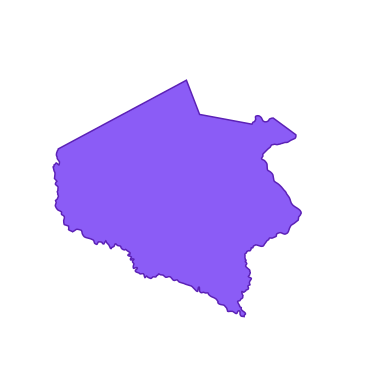 outline of La Campa, Lempira, Honduras, rotated 135°
{"feature_id": "27666195B33699186297111", "entity_name": "La Campa", "entity_type": "district", "adm_level": 2, "iso_a3": "HND", "parent_name": "Honduras", "parent_adm1": "Lempira", "projection": "equal_earth", "projection_center": [-88.545, 14.476], "detail": "fine", "context": "isolated", "style": "filled", "palette": "violet", "viewbox_px": 384, "rotation_deg": 135, "n_neighbors": 0, "source": "geoboundaries", "source_scale": "gbopen_adm2", "svg_char_len": 6016}
<svg xmlns="http://www.w3.org/2000/svg" viewBox="0 0 384 384"><g transform="rotate(135 192 192)"><path d="M298.3,245.1L297.5,243.5L297.4,243.0L297.9,241.8L298.9,240.4L299.3,239.5L299.7,238.0L299.8,236.4L299.2,234.8L296.9,230.8L296.2,229.1L295.8,227.8L295.8,227.2L297.1,224.7L297.0,224.0L296.8,223.1L296.4,222.3L296.2,222.2L293.6,222.9L293.0,222.5L292.0,221.4L291.4,220.4L291.3,219.9L291.6,219.2L291.7,218.7L291.4,218.0L291.1,217.6L289.2,218.1L287.5,218.4L287.5,218.2L287.9,217.3L288.2,215.9L288.2,214.0L288.3,213.1L289.3,210.4L289.5,209.8L289.4,209.4L289.0,209.1L288.5,209.5L288.0,209.5L286.7,209.0L285.6,208.7L283.2,209.6L282.7,209.4L282.5,209.0L282.6,208.0L282.4,206.6L281.3,205.1L280.9,204.2L281.0,203.7L281.4,203.1L281.6,202.5L281.7,201.2L281.5,200.3L280.9,199.0L280.4,198.6L279.6,198.4L279.4,197.7L279.3,196.1L278.8,193.4L278.8,192.9L279.4,192.2L280.0,191.9L280.3,192.0L280.4,192.6L280.8,192.9L282.0,192.7L282.1,192.3L282.0,191.7L280.9,189.8L280.8,188.9L281.0,188.7L283.0,188.2L283.4,187.5L283.3,187.1L283.1,186.9L282.2,187.1L281.4,186.9L280.7,186.0L280.6,185.6L280.9,185.3L282.5,185.4L283.3,184.8L283.6,184.4L283.7,182.8L284.0,182.2L286.0,181.1L286.8,180.4L287.1,179.8L287.3,179.4L287.1,179.1L285.3,178.3L284.5,177.7L284.3,177.3L284.5,176.8L285.2,176.5L287.2,176.7L287.8,176.4L288.1,175.9L288.1,175.5L288.0,174.8L286.8,172.3L286.6,170.7L284.8,169.3L284.4,168.9L284.2,168.5L284.4,167.5L285.4,165.9L285.8,164.8L285.3,164.5L284.2,164.8L283.6,164.7L283.4,163.8L283.5,162.8L282.4,160.2L281.9,159.8L281.5,159.7L280.2,159.7L279.5,159.5L279.0,159.1L278.0,157.8L277.4,157.5L277.1,157.5L276.3,157.9L275.4,157.5L274.4,157.5L273.7,157.7L273.4,157.6L273.1,156.8L272.9,155.9L271.7,154.4L271.2,153.6L271.0,150.8L270.8,150.2L270.0,149.5L268.4,148.7L267.8,148.0L267.4,147.4L267.3,146.8L267.6,143.2L267.4,142.5L266.9,141.8L265.4,141.0L264.7,140.4L264.6,139.7L264.8,138.0L264.4,136.7L262.4,133.0L261.7,131.2L259.0,126.1L258.8,125.0L258.9,119.2L258.7,118.2L258.4,117.8L258.2,117.8L255.1,119.9L254.6,120.0L254.2,119.8L254.2,119.5L254.4,119.1L256.7,116.6L256.9,115.8L256.9,115.0L256.8,114.5L256.5,114.0L254.8,113.0L253.9,111.1L253.4,110.6L252.5,109.9L252.1,109.2L252.7,107.8L252.6,105.8L252.3,104.4L251.0,101.1L250.6,98.9L251.1,96.2L251.2,95.9L251.7,95.7L252.0,95.2L252.1,94.7L252.1,94.2L251.9,93.5L251.4,92.3L249.7,89.9L249.4,89.1L249.4,88.3L249.6,85.4L250.7,83.2L251.1,82.6L251.1,82.3L250.7,81.7L249.3,80.6L247.8,79.0L247.5,78.3L247.0,75.3L246.6,74.7L245.8,74.5L244.6,75.0L243.5,75.2L243.0,75.0L242.6,74.6L242.5,74.1L242.6,73.6L244.6,71.4L244.8,70.8L245.0,70.0L244.9,69.4L244.7,68.9L243.2,67.0L242.6,67.6L241.7,67.9L240.5,67.9L240.0,68.5L239.9,69.8L240.3,72.7L240.2,74.0L240.0,74.5L238.9,75.4L239.3,77.3L238.8,77.9L238.0,80.6L237.4,82.1L237.0,82.3L236.6,82.3L234.9,81.3L233.1,81.7L232.0,81.4L230.9,81.4L230.0,82.3L229.3,82.5L228.8,84.0L228.2,85.1L227.6,86.0L227.1,86.3L226.9,86.1L226.3,84.5L224.0,84.1L222.9,84.4L221.9,83.8L220.9,83.6L220.2,83.9L219.7,84.4L219.4,85.5L219.0,85.9L218.4,86.0L216.6,85.4L215.8,87.0L215.2,87.6L214.3,88.0L211.9,88.5L211.2,88.9L211.1,89.4L211.9,91.7L212.0,92.3L211.2,92.6L209.9,92.6L209.0,93.3L208.1,93.5L207.5,94.2L207.2,95.3L206.5,95.7L206.4,96.3L206.7,100.2L206.6,101.5L206.3,101.6L205.9,102.2L204.7,102.3L203.9,102.6L203.6,103.5L203.5,104.1L203.7,104.6L203.6,104.9L203.2,105.3L202.5,105.2L202.1,105.5L201.9,105.9L202.0,106.5L200.9,108.3L199.5,109.5L199.0,110.3L198.4,110.7L197.5,110.7L196.7,110.5L195.5,111.0L195.1,111.1L193.5,110.5L192.7,109.5L192.4,109.4L191.0,109.6L189.7,110.6L189.3,110.4L188.9,109.8L188.4,109.6L188.0,109.7L187.3,110.2L186.6,110.3L185.2,109.8L184.5,109.7L183.8,108.9L181.6,104.8L180.8,104.0L180.0,103.5L179.0,103.5L177.6,103.9L175.9,104.1L173.7,104.5L172.9,104.5L172.0,104.2L171.4,104.1L170.3,104.6L169.8,104.6L169.3,104.3L168.3,103.1L167.7,102.6L164.2,101.2L163.5,101.2L162.7,102.0L161.9,102.4L160.7,102.2L159.0,101.4L157.9,100.4L156.9,97.8L156.1,96.5L155.1,96.0L153.9,95.6L153.0,95.6L151.8,95.9L148.3,97.6L145.5,98.4L141.9,97.6L136.8,97.0L135.5,97.9L134.3,98.9L131.3,99.2L130.5,99.7L129.8,99.8L129.1,100.7L128.7,102.1L128.6,103.3L128.9,105.6L129.7,109.1L130.0,111.3L129.7,113.8L128.8,115.8L128.0,117.2L127.2,119.1L126.9,120.5L126.4,123.8L125.8,125.3L125.6,126.7L125.6,128.3L125.2,132.2L125.2,135.1L125.4,137.2L126.1,140.2L126.1,142.0L122.8,146.7L122.6,147.2L122.3,148.5L122.3,150.0L122.5,151.7L123.0,153.2L123.0,153.9L122.9,154.4L122.0,155.6L119.4,158.5L118.9,159.5L118.6,161.3L118.5,163.0L119.4,165.8L119.3,166.3L118.9,166.7L116.5,167.2L115.4,168.5L114.8,168.7L107.9,168.7L104.9,168.4L102.6,169.1L99.7,167.3L98.7,165.7L97.8,164.9L96.6,164.3L96.0,163.7L95.0,163.4L94.0,162.7L91.4,161.4L89.9,160.0L89.1,159.5L85.6,158.7L81.3,157.1L80.4,157.2L79.4,157.7L78.7,158.3L78.1,159.0L82.3,186.9L83.7,188.0L85.6,188.8L87.4,188.4L88.7,188.5L89.9,189.2L90.8,190.0L91.3,191.1L91.5,192.3L90.5,195.2L90.4,196.2L90.5,197.3L90.7,198.2L91.1,198.9L91.7,199.6L92.4,200.1L93.4,200.5L93.8,200.4L94.3,200.0L95.7,198.2L96.8,198.0L97.6,197.6L98.0,197.6L99.6,198.2L101.7,197.6L131.8,241.5L116.9,275.0L256.0,317.0L256.1,316.8L258.0,316.3L260.0,315.4L261.0,314.7L261.7,314.1L262.1,313.5L262.7,312.1L263.7,310.8L264.4,307.0L265.4,306.1L266.5,305.4L266.9,305.2L267.1,305.4L267.3,308.3L267.5,308.6L269.6,308.4L270.3,308.7L271.7,307.7L272.0,307.6L272.5,307.9L274.6,304.4L275.1,302.9L275.5,302.3L276.5,301.3L279.7,298.8L279.8,296.2L279.9,295.1L280.2,295.0L281.3,295.1L283.0,294.3L283.1,293.9L283.2,293.0L283.0,290.9L283.2,290.4L283.5,289.9L285.1,288.6L285.4,288.1L287.1,287.5L287.9,285.9L288.5,285.5L288.9,284.4L289.5,283.4L292.4,282.3L294.5,282.5L295.5,280.5L297.0,279.8L298.1,279.2L298.5,278.8L299.2,276.9L299.5,275.3L299.5,273.9L298.7,271.7L298.4,270.3L298.6,269.8L299.4,269.3L300.1,268.4L300.1,268.0L299.7,266.7L299.6,265.1L300.0,264.5L300.9,263.7L302.9,262.6L304.4,260.9L305.3,259.5L305.3,259.1L304.0,256.5L303.4,255.2L304.8,253.5L305.8,252.8L305.9,252.4L305.5,251.0L304.7,249.0L304.6,248.3L302.7,247.8L300.3,247.4L299.5,246.8L298.3,245.1Z" fill="#8b5cf6" stroke="#5b21b6" stroke-width="1.5"/></g></svg>